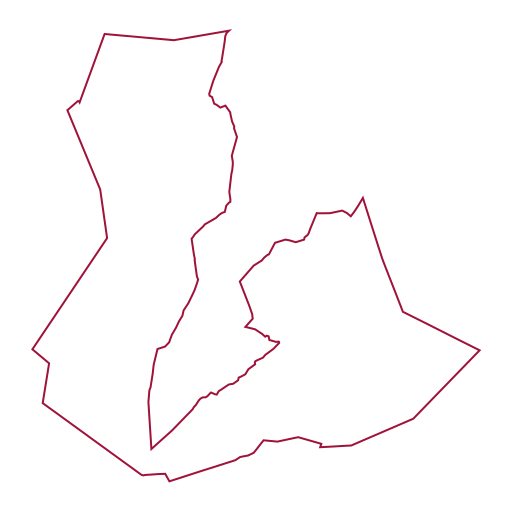 outline of San Francisco Chapulapa, Oaxaca, Mexico
{"feature_id": "50627088B25039940619892", "entity_name": "San Francisco Chapulapa", "entity_type": "district", "adm_level": 2, "iso_a3": "MEX", "parent_name": "Mexico", "parent_adm1": "Oaxaca", "projection": "mercator", "projection_center": [-96.741, 17.913], "detail": "fine", "context": "isolated", "style": "outline", "palette": "rose", "viewbox_px": 512, "rotation_deg": 0, "n_neighbors": 0, "source": "geoboundaries", "source_scale": "gbopen_adm2", "svg_char_len": 2584}
<svg xmlns="http://www.w3.org/2000/svg" viewBox="0 0 512 512"><path d="M104.6,34.0L79.6,102.4L78.9,101.1L77.7,101.2L67.4,110.2L87.0,157.6L100.2,189.5L107.1,238.1L32.4,349.3L49.1,363.3L42.7,403.1L141.4,474.8L143.4,475.4L145.6,474.9L149.3,474.7L157.8,474.1L165.2,473.8L169.4,481.3L203.5,470.3L226.2,463.1L235.3,460.2L240.2,457.0L247.4,455.6L247.9,455.6L253.7,452.8L256.6,449.2L260.7,443.9L263.6,440.3L277.4,441.6L294.3,438.0L298.2,437.2L321.3,443.8L320.2,447.2L333.5,446.5L343.4,445.9L351.3,445.5L353.8,444.4L362.1,440.8L413.3,418.7L479.6,350.3L456.8,338.9L439.0,329.9L430.7,325.7L416.7,318.7L402.9,311.8L399.1,302.0L395.1,291.7L387.3,271.8L385.5,267.2L382.4,259.1L378.7,247.7L377.3,243.3L368.2,214.7L362.9,197.9L358.0,206.1L354.2,211.8L350.8,216.3L346.9,213.0L342.2,210.6L329.9,213.2L317.6,213.3L316.7,213.1L309.9,229.7L308.7,233.2L307.3,235.3L304.6,237.3L304.1,239.6L295.8,242.2L288.8,240.2L285.4,239.6L275.0,242.8L268.9,254.4L267.7,254.8L264.5,257.3L262.0,260.2L261.9,260.4L253.7,265.6L239.8,281.5L249.2,305.6L252.2,314.2L252.7,318.7L245.4,326.9L255.1,329.3L262.2,334.0L265.2,336.7L266.7,335.7L268.6,336.3L269.4,340.0L276.1,341.9L278.7,341.6L279.1,342.1L279.1,343.0L273.6,348.7L271.1,350.6L265.5,354.7L264.7,355.6L262.9,357.7L257.1,360.3L255.2,361.3L254.8,362.5L255.1,364.3L248.4,369.2L245.3,374.3L241.2,376.5L238.7,377.6L238.1,380.3L233.1,383.8L229.1,384.4L226.2,386.2L221.7,389.3L218.8,391.1L216.7,394.6L214.8,394.2L211.1,392.5L210.8,392.6L207.5,396.1L206.1,397.1L205.5,397.3L202.5,397.4L201.0,398.3L200.1,399.0L198.9,400.3L195.8,405.1L195.4,405.6L194.6,406.2L193.2,408.2L192.6,409.3L192.4,409.5L172.0,430.5L151.4,449.0L148.4,402.0L149.4,390.2L150.5,387.5L152.6,374.3L153.7,364.7L157.5,349.0L165.0,346.6L169.1,342.4L171.8,334.9L176.0,327.7L179.0,321.3L182.4,315.8L183.6,310.4L188.3,303.3L192.5,294.6L194.5,290.3L196.0,286.1L197.0,283.2L198.1,279.5L197.0,276.7L196.9,276.3L194.6,259.9L194.9,259.2L194.1,255.5L194.0,255.1L191.6,238.8L193.0,237.0L193.2,236.7L194.8,234.3L203.0,226.6L204.9,224.3L216.0,217.9L219.2,214.9L221.5,213.2L222.9,212.6L224.8,211.9L226.3,205.6L228.8,202.8L230.3,201.9L230.4,199.4L229.3,191.9L231.0,177.1L231.4,173.8L232.2,170.4L232.8,164.6L232.8,161.9L231.8,155.8L237.0,137.0L234.0,128.2L234.3,126.6L232.3,122.0L232.0,121.2L230.5,114.5L230.2,112.3L225.4,105.6L220.4,107.6L216.6,104.8L216.1,104.6L214.2,103.7L212.1,97.1L209.6,95.7L209.2,93.8L213.3,80.8L218.9,67.0L221.7,62.0L221.8,61.8L221.5,61.2L222.2,57.3L224.6,42.2L225.3,36.1L226.2,33.8L226.6,33.1L227.0,32.7L227.7,31.9L229.0,30.7L173.8,40.2L104.6,34.0Z" fill="none" stroke="#9f1239" stroke-width="2"/></svg>